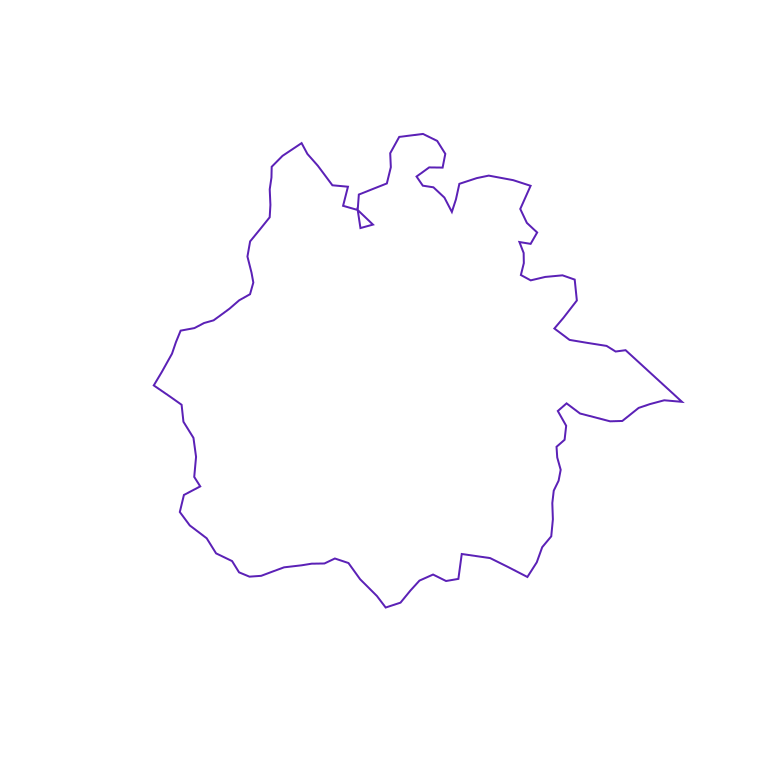 Cerquilho, São Paulo, Brazil (Albers equal-area conic projection), rotated 140°
{"feature_id": "56859067B20358363465828", "entity_name": "Cerquilho", "entity_type": "district", "adm_level": 2, "iso_a3": "BRA", "parent_name": "Brazil", "parent_adm1": "São Paulo", "projection": "albers", "projection_center": [-47.765, -23.188], "detail": "fine", "context": "isolated", "style": "outline", "palette": "violet", "viewbox_px": 768, "rotation_deg": 140, "n_neighbors": 0, "source": "geoboundaries", "source_scale": "gbopen_adm2", "svg_char_len": 1763}
<svg xmlns="http://www.w3.org/2000/svg" viewBox="0 0 768 768"><g transform="rotate(140 384 384)"><path d="M561.9,484.0L564.6,465.2L574.8,449.0L589.1,434.8L590.6,423.7L608.6,427.6L622.7,417.2L623.7,400.5L619.0,379.8L621.5,362.2L614.2,346.0L616.1,332.9L610.9,322.9L601.4,316.0L589.8,311.9L578.4,307.8L563.7,298.1L555.0,292.9L545.0,284.8L533.8,281.9L526.3,269.7L527.8,249.8L525.7,226.2L526.4,211.7L511.9,205.9L496.5,208.8L483.2,210.6L468.9,206.5L463.1,193.2L452.3,186.9L433.7,203.8L414.6,182.4L406.7,164.3L398.2,144.0L381.6,149.2L367.7,157.3L353.8,159.8L341.6,171.8L331.6,184.6L322.5,193.2L312.4,197.7L303.8,204.7L298.5,216.4L292.2,225.0L281.5,225.2L271.3,234.9L268.2,251.6L256.6,251.8L252.8,235.4L234.8,210.1L225.2,202.5L204.3,202.0L193.3,197.7L179.8,191.4L167.2,178.8L177.2,254.6L185.7,260.0L189.0,270.1L201.8,284.8L213.5,298.5L217.8,317.0L204.3,319.3L182.6,324.0L170.8,341.4L177.4,352.5L191.7,362.4L205.0,369.1L209.1,379.5L199.2,386.7L192.8,394.6L189.0,405.7L181.6,397.1L169.3,401.6L171.0,415.6L167.1,430.5L144.3,441.6L154.0,457.1L169.8,476.3L180.6,482.1L197.6,488.9L210.2,479.2L221.4,472.2L217.9,488.0L219.7,502.9L226.8,511.0L225.7,522.0L210.2,520.9L200.0,512.1L189.1,520.9L187.0,536.0L193.4,550.5L213.5,563.5L230.9,556.8L239.4,545.7L252.9,535.8L265.8,540.1L281.5,545.3L292.3,534.2L300.8,546.8L284.8,558.3L295.8,569.4L294.4,593.7L294.8,609.5L292.3,621.5L315.1,624.0L330.4,622.6L337.5,614.5L346.4,606.6L355.9,594.2L364.4,585.2L379.5,582.2L394.9,579.3L406.7,569.4L413.9,554.5L418.9,545.7L428.9,538.9L441.1,541.2L453.9,541.0L473.6,542.3L482.7,546.4L493.3,548.7L505.5,555.6L516.5,549.8L526.9,543.5L546.6,536.0L561.3,530.9L555.9,511.5L552.4,498.2L561.9,484.0ZM292.3,534.2L290.0,513.2L301.8,518.6L292.3,534.2Z" fill="none" stroke="#5b21b6" stroke-width="2"/></g></svg>